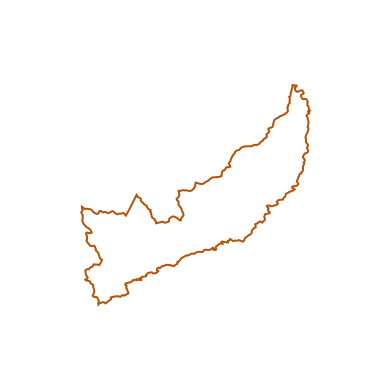 Espinosa, Minas Gerais, Brazil (Natural Earth projection), rotated 119°
{"feature_id": "56859067B62651951271608", "entity_name": "Espinosa", "entity_type": "district", "adm_level": 2, "iso_a3": "BRA", "parent_name": "Brazil", "parent_adm1": "Minas Gerais", "projection": "natural_earth1", "projection_center": [-42.979, -14.905], "detail": "fine", "context": "isolated", "style": "outline", "palette": "amber", "viewbox_px": 384, "rotation_deg": 119, "n_neighbors": 0, "source": "geoboundaries", "source_scale": "gbopen_adm2", "svg_char_len": 6079}
<svg xmlns="http://www.w3.org/2000/svg" viewBox="0 0 384 384"><g transform="rotate(119 192 192)"><path d="M305.9,203.6L305.4,205.5L304.1,205.7L303.3,204.7L302.0,203.7L301.2,202.4L299.7,201.3L297.3,200.7L297.2,199.6L295.1,198.3L296.0,197.6L294.7,196.3L293.7,193.7L292.8,194.1L292.8,195.8L290.2,194.3L288.8,192.2L287.8,191.4L286.7,192.1L285.7,191.5L284.0,191.1L281.7,188.3L282.1,186.4L280.1,183.9L277.5,183.2L277.5,184.8L276.4,185.2L275.1,185.2L274.3,184.5L274.2,183.2L271.0,182.1L270.5,181.0L268.1,179.2L267.3,177.3L266.4,175.8L266.5,174.2L265.8,173.4L265.7,171.8L264.0,171.3L262.0,170.1L261.1,170.1L260.4,170.9L258.9,169.8L254.8,169.1L250.1,166.0L249.5,164.8L248.4,163.8L246.4,162.8L245.6,161.7L244.9,159.9L243.1,159.2L241.4,157.7L239.5,154.0L238.8,153.4L237.1,153.3L235.6,151.9L235.3,150.5L234.1,148.6L233.2,147.9L230.6,146.7L230.8,145.6L232.0,145.4L231.9,144.1L230.6,143.0L229.3,144.2L227.8,144.6L226.8,143.9L224.9,143.4L223.3,142.2L222.5,140.3L221.4,142.0L220.5,141.4L220.2,139.6L219.6,138.4L218.8,136.1L217.2,136.9L216.4,135.9L214.6,135.9L215.0,132.7L214.6,131.7L213.4,130.5L212.8,128.9L211.4,127.8L210.7,123.2L208.7,123.0L206.7,123.4L202.0,121.3L200.8,120.4L199.4,119.9L197.9,120.4L196.9,121.0L193.5,120.3L192.2,119.2L191.1,119.7L190.3,120.6L189.6,121.1L188.7,120.6L187.9,119.5L186.8,119.5L185.6,118.5L184.7,118.2L184.4,117.2L184.8,115.8L182.4,115.2L181.2,114.7L179.8,115.5L178.5,116.9L175.9,117.2L173.0,113.8L171.9,114.5L171.7,115.9L170.9,116.8L169.1,117.2L168.8,118.5L167.9,119.8L167.0,119.2L166.5,118.1L166.1,116.0L165.4,114.7L163.3,113.0L162.6,112.0L161.7,111.4L160.3,111.4L159.7,112.9L157.8,112.9L156.4,111.6L154.5,108.7L153.2,109.2L150.9,108.3L148.5,108.8L147.6,108.8L146.3,107.6L145.3,107.3L141.1,103.9L139.9,103.5L139.8,106.2L139.1,106.9L137.7,106.1L136.9,104.5L135.9,103.6L135.1,103.1L133.9,102.9L133.0,103.2L132.4,104.9L131.1,105.7L128.7,105.8L127.0,106.3L125.7,106.0L124.4,106.7L123.5,106.3L122.7,105.4L121.6,105.8L120.0,105.3L117.6,106.2L116.5,107.1L115.5,107.2L114.6,107.6L113.3,107.3L111.9,108.7L110.6,108.4L109.5,108.7L108.6,110.0L108.0,111.6L106.9,112.2L103.7,112.0L102.0,110.5L101.0,110.1L99.8,110.3L98.5,111.5L97.8,112.7L96.8,113.1L95.5,113.0L94.3,113.7L93.9,115.1L92.9,116.5L91.9,117.2L90.1,118.0L89.6,119.1L87.3,119.8L84.4,119.8L83.1,120.2L81.8,120.2L79.9,121.1L79.2,122.4L75.9,123.3L74.0,124.1L72.2,126.1L70.7,127.2L70.0,128.6L69.0,128.9L66.1,127.6L65.2,128.3L65.5,129.5L64.5,129.5L63.6,128.5L63.2,129.6L61.9,130.4L61.3,131.3L60.4,132.1L60.1,133.3L57.0,134.5L55.5,136.6L55.7,138.0L56.8,139.6L57.0,140.6L56.2,142.0L55.0,143.4L54.1,143.6L52.2,142.3L51.3,142.2L49.6,144.6L50.0,145.8L51.5,146.8L52.2,147.6L53.2,148.1L53.4,149.6L53.0,150.9L52.3,151.6L51.0,152.5L50.1,152.5L49.0,151.7L48.2,152.1L49.0,153.3L49.4,155.7L50.2,155.9L51.5,154.9L52.9,154.9L56.0,153.8L57.2,153.8L59.6,152.7L60.8,152.4L61.7,153.1L62.3,152.2L63.2,151.6L65.8,150.5L66.4,149.7L69.3,150.1L70.3,149.5L71.6,149.7L74.2,147.6L75.6,147.3L79.1,148.6L79.9,149.4L82.1,150.7L82.7,151.6L85.1,152.5L87.2,154.1L89.3,154.9L93.0,154.1L93.8,153.4L96.2,153.2L97.4,154.1L98.5,155.2L99.6,155.9L100.6,155.3L101.3,153.9L102.4,153.8L103.7,154.0L105.1,154.8L106.0,154.5L106.5,153.7L107.4,153.2L110.1,154.3L111.0,155.1L112.7,154.9L115.7,156.6L116.7,156.4L117.7,156.8L119.4,158.0L120.7,160.6L122.5,161.6L123.4,162.6L127.0,168.7L128.2,169.3L128.9,170.1L130.0,170.8L132.2,171.0L134.0,172.9L135.0,173.5L135.9,173.8L136.9,173.5L138.0,173.5L140.7,174.2L141.6,173.9L143.7,174.0L146.6,173.4L148.4,173.7L149.3,173.6L150.4,171.7L151.4,170.8L152.4,171.5L153.3,173.5L154.4,174.1L156.7,174.0L157.6,174.4L158.2,175.4L160.5,175.3L162.6,174.3L163.9,174.0L166.1,176.2L169.4,181.2L170.3,181.8L174.0,183.2L177.0,185.1L179.1,186.0L180.4,187.3L181.3,190.2L181.9,193.1L183.2,193.1L184.2,192.5L187.1,191.9L189.3,192.4L191.3,193.4L192.3,194.6L193.4,198.0L194.1,199.0L194.8,200.9L197.0,203.1L197.4,204.3L200.4,201.8L201.5,201.4L202.8,201.4L205.6,202.1L206.4,201.2L206.5,200.1L206.9,199.1L209.1,198.1L210.1,196.8L211.3,193.8L213.7,191.2L215.1,189.1L216.2,188.3L217.7,188.2L219.1,188.6L220.9,188.6L222.3,188.1L222.7,189.2L222.0,192.7L222.0,194.3L222.4,196.5L223.4,197.5L225.2,198.6L226.6,198.9L228.8,198.0L230.2,198.8L231.8,200.6L232.2,201.8L232.2,202.9L232.4,203.8L234.3,205.5L236.7,208.2L235.4,209.1L234.9,210.6L234.1,211.2L233.7,214.2L233.0,215.3L231.8,216.2L231.0,217.2L229.7,217.8L229.3,219.2L227.9,219.5L228.1,220.6L227.9,221.8L227.4,223.5L226.2,224.6L225.9,227.8L225.3,229.4L225.1,231.0L224.4,232.5L222.7,233.5L222.5,236.0L222.7,237.2L221.8,238.1L221.4,239.1L236.7,238.4L244.7,238.4L243.7,241.1L243.9,242.3L245.6,243.8L246.8,246.0L247.7,246.4L247.8,249.6L247.2,250.6L247.1,251.8L248.4,253.3L249.4,253.6L251.3,255.3L251.3,257.9L252.1,259.0L253.0,259.9L253.1,261.0L252.7,262.4L253.5,263.6L255.5,263.6L256.8,263.8L257.3,265.0L257.6,266.5L257.4,268.0L256.4,271.2L256.3,272.3L257.5,275.6L258.8,277.6L258.3,281.1L259.5,280.3L261.3,278.6L262.3,279.0L263.5,279.0L265.5,276.1L268.7,274.6L269.8,274.4L271.4,273.0L272.4,271.3L273.6,268.4L274.0,263.7L274.3,262.8L275.4,260.8L276.2,260.1L277.3,260.9L278.1,262.5L278.3,263.7L278.7,264.6L279.8,264.5L281.7,262.3L283.1,261.5L284.2,260.9L285.4,260.9L287.1,258.6L287.3,257.3L288.2,255.5L288.2,253.9L287.4,252.6L286.5,251.7L286.9,250.3L288.8,248.3L289.8,247.7L290.4,245.1L291.2,243.9L294.3,240.7L294.8,239.6L295.0,237.8L298.0,237.5L300.9,237.7L301.3,239.6L302.1,240.7L302.4,241.8L303.0,242.9L305.5,242.8L307.2,244.4L309.6,244.7L309.9,245.6L310.6,246.5L311.7,247.2L312.6,247.2L314.2,246.0L314.9,245.2L315.9,244.6L317.3,241.8L318.3,241.6L319.4,242.4L320.5,242.8L320.7,241.7L319.9,239.3L319.7,237.8L320.7,236.9L321.2,235.7L321.0,234.1L321.4,233.1L322.7,232.6L325.0,230.2L327.0,228.9L330.9,228.6L331.2,227.0L330.8,225.6L330.1,224.4L330.6,223.2L332.0,221.2L333.0,220.5L334.5,220.2L335.8,219.4L334.5,219.0L331.7,216.9L331.2,215.3L331.4,213.8L330.4,213.2L324.9,210.9L323.5,211.9L320.4,208.3L318.9,206.1L318.8,204.9L318.3,203.8L316.5,203.1L315.6,202.4L315.6,201.0L313.8,200.1L311.9,198.6L310.6,199.1L309.6,200.7L308.7,201.4L307.9,203.0L305.9,203.6Z" fill="none" stroke="#b45309" stroke-width="2"/></g></svg>